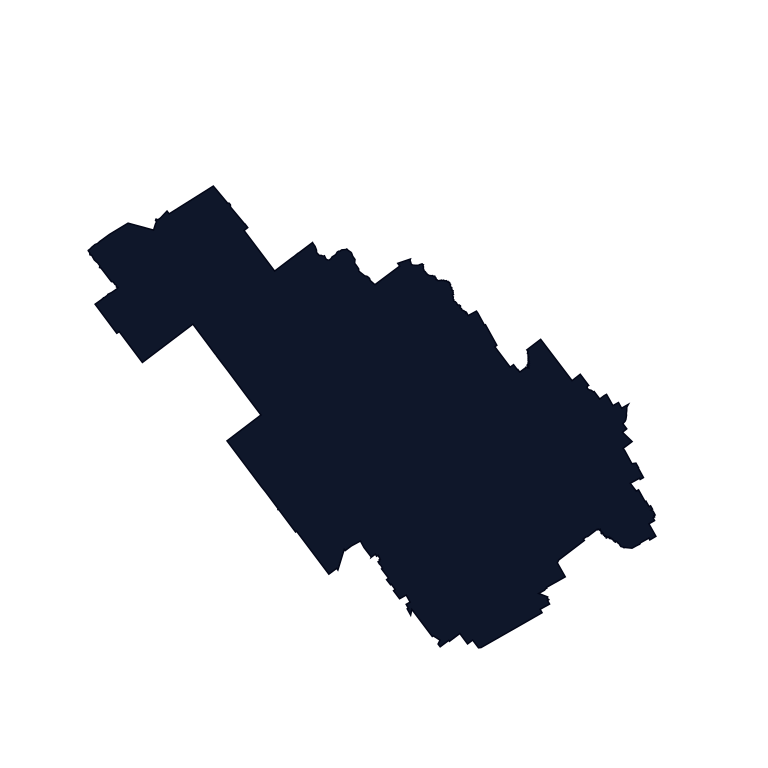 outline of Buloke, Victoria, Australia, rotated 323°
{"feature_id": "25037944B21796127243371", "entity_name": "Buloke", "entity_type": "district", "adm_level": 2, "iso_a3": "AUS", "parent_name": "Australia", "parent_adm1": "Victoria", "projection": "mercator", "projection_center": [143.17, -35.846], "detail": "fine", "context": "isolated", "style": "filled", "palette": "ink", "viewbox_px": 768, "rotation_deg": 323, "n_neighbors": 0, "source": "geoboundaries", "source_scale": "gbopen_adm2", "svg_char_len": 6139}
<svg xmlns="http://www.w3.org/2000/svg" viewBox="0 0 768 768"><g transform="rotate(323 384 384)"><path d="M201.3,146.4L201.1,182.7L204.1,182.9L204.0,221.4L267.4,221.2L267.3,243.2L267.4,243.7L267.3,244.0L267.2,258.3L267.4,260.2L267.2,260.4L267.2,265.7L267.3,279.9L267.1,310.2L267.1,334.7L224.4,334.9L224.3,392.2L224.5,399.0L224.4,420.3L223.2,420.2L224.0,420.7L224.4,421.5L224.3,449.0L225.6,449.0L225.5,502.7L235.2,502.7L235.2,504.8L252.7,492.1L252.7,493.7L260.6,493.7L270.7,495.2L269.6,502.7L269.7,514.4L269.3,514.7L274.7,514.7L274.4,517.1L276.2,517.3L275.6,521.7L274.4,521.5L274.2,522.6L272.3,522.4L272.0,524.9L272.4,527.1L271.9,530.3L270.8,530.2L270.8,541.8L268.3,541.8L268.4,548.3L269.4,548.3L269.3,554.8L267.2,554.8L267.2,564.9L274.7,565.9L273.6,573.9L269.1,573.3L268.5,577.7L267.2,577.5L266.2,584.6L270.6,580.8L270.6,614.7L271.8,614.8L274.6,622.3L270.7,624.2L270.7,627.7L281.4,627.7L281.4,628.9L294.4,628.9L294.3,641.9L300.7,641.9L300.7,651.6L302.9,652.9L372.6,661.8L373.1,657.9L383.8,659.4L384.3,655.3L385.6,655.5L385.9,655.4L385.3,653.5L386.6,652.6L381.5,644.4L388.1,645.3L389.8,644.8L391.2,645.0L391.3,644.2L412.7,647.1L414.8,631.1L417.7,629.7L449.9,629.5L449.9,627.7L453.3,627.7L455.0,628.4L466.7,628.3L466.9,629.0L467.5,628.9L468.1,629.1L468.1,629.3L467.8,629.5L468.2,630.0L469.3,630.2L469.1,630.6L468.5,630.4L468.3,630.8L468.6,631.6L468.6,632.5L468.9,632.8L468.9,633.2L468.6,633.5L467.8,633.5L467.6,634.0L467.8,634.7L469.1,634.9L469.2,635.1L468.9,635.4L468.4,636.6L468.9,637.7L468.6,638.6L469.0,639.1L469.6,639.1L469.7,639.5L468.8,640.5L468.8,640.8L469.3,641.0L469.9,640.6L470.8,641.2L471.9,641.3L471.8,641.6L471.1,642.2L471.2,642.9L471.3,643.2L472.4,643.0L472.6,643.3L472.1,644.1L472.3,644.6L472.9,644.8L473.1,645.3L473.0,647.3L473.1,647.9L474.1,648.6L474.0,648.9L473.5,649.0L473.4,649.2L473.6,649.6L474.7,649.5L475.0,649.7L475.2,651.2L475.2,652.1L475.8,653.8L475.4,654.7L475.4,656.4L476.6,657.8L477.1,659.2L477.5,659.1L483.3,664.4L488.2,665.1L490.3,665.5L491.0,665.4L491.6,665.9L493.4,665.2L503.0,666.5L502.6,667.3L502.4,668.5L509.5,669.3L511.4,655.1L517.9,655.9L518.4,652.8L520.1,653.0L520.3,651.6L521.7,651.8L522.4,647.5L521.4,645.4L523.1,645.6L523.6,641.7L521.9,641.5L522.7,635.2L521.7,635.2L523.6,621.7L521.0,621.3L520.9,611.5L531.3,613.0L531.1,614.4L534.9,614.9L536.5,604.0L536.9,604.0L537.6,598.8L534.0,596.8L536.2,582.1L536.2,579.3L547.5,579.3L545.4,566.1L550.9,565.9L550.9,559.4L554.2,558.8L555.8,557.9L558.8,555.0L559.9,553.3L561.7,551.5L564.0,548.6L566.9,547.3L559.2,546.3L560.1,539.9L553.8,539.0L555.5,526.2L552.9,525.8L547.3,525.8L547.3,516.5L546.5,516.5L545.8,514.0L545.5,513.4L544.5,512.4L544.0,511.2L543.8,509.9L544.2,508.9L544.9,508.4L545.7,508.1L546.6,508.3L546.6,494.3L536.2,494.5L536.0,442.6L518.6,442.7L518.7,444.0L518.6,445.0L517.9,444.9L517.4,445.9L516.9,446.1L517.2,446.9L516.3,447.7L516.1,448.6L515.6,448.8L515.6,449.2L515.9,449.3L515.9,449.5L515.5,450.0L515.0,449.9L515.0,450.2L514.4,450.4L514.3,451.1L513.6,451.4L513.4,451.7L513.6,451.8L513.4,452.0L513.5,452.7L513.2,452.7L513.1,453.0L513.2,453.4L512.4,453.3L512.4,453.7L512.1,453.8L512.2,454.2L511.6,454.1L511.4,454.5L511.7,455.0L510.8,454.8L510.7,455.0L510.2,454.9L510.1,455.2L509.7,455.2L509.8,455.5L510.0,455.4L510.5,456.0L509.8,455.9L509.5,456.3L510.0,457.0L510.0,457.4L509.7,457.8L509.3,457.6L509.2,458.0L508.9,457.3L508.2,457.4L507.8,456.2L507.5,456.3L507.4,456.0L506.7,456.3L506.5,456.2L506.1,456.7L505.4,456.2L499.6,456.2L499.6,453.0L499.1,453.0L499.1,446.5L494.9,446.5L494.9,421.0L497.4,421.0L500.7,397.7L499.6,397.5L501.6,384.0L501.7,381.4L492.4,380.0L492.9,376.8L492.0,376.6L492.8,375.5L492.0,374.6L491.9,373.4L491.0,372.5L491.0,371.8L490.8,371.6L491.3,370.3L490.7,369.2L491.0,368.4L492.0,367.9L492.1,367.5L491.8,367.0L491.7,366.2L490.4,365.5L490.6,364.8L490.4,363.6L490.7,362.9L490.5,361.7L490.5,361.3L489.6,360.0L489.6,359.4L490.4,358.9L490.4,357.5L491.8,356.2L491.5,355.3L492.0,354.6L492.1,354.1L493.3,354.4L493.7,352.8L494.2,352.7L494.4,351.9L495.3,351.2L494.8,350.4L495.1,349.7L494.8,349.3L496.1,348.0L496.1,347.7L495.5,347.2L495.5,346.9L496.0,346.1L496.2,345.3L497.1,344.5L496.9,343.6L497.4,342.6L497.3,342.0L496.8,341.8L496.6,341.5L496.9,340.7L496.1,340.3L496.0,339.0L494.5,338.3L494.2,337.0L492.9,336.5L492.3,335.5L491.8,335.6L491.1,335.0L489.9,334.5L489.1,333.5L489.2,333.0L488.4,331.7L489.2,331.0L489.1,330.5L489.3,330.2L489.2,329.5L489.3,329.2L489.1,328.5L489.3,328.3L488.9,328.0L488.4,328.2L488.1,327.6L488.1,326.7L486.5,325.7L486.1,325.1L485.4,324.6L485.2,323.8L484.6,322.9L484.5,322.4L484.7,321.4L484.3,320.6L484.5,320.1L484.5,319.0L484.1,317.9L484.8,316.1L484.8,315.3L485.5,314.8L486.1,314.1L486.1,313.4L486.3,313.0L487.2,312.5L486.7,311.8L486.9,311.2L486.4,310.8L486.0,310.9L485.0,310.3L483.4,310.0L482.2,309.4L479.2,307.0L478.1,305.7L478.0,304.4L478.2,303.5L478.7,302.9L478.8,301.8L479.2,301.2L479.6,300.6L480.3,300.1L467.6,295.9L467.5,299.3L436.5,299.2L435.3,293.2L435.7,291.6L436.0,291.0L435.7,289.3L435.2,287.7L433.7,286.1L431.8,278.7L433.1,276.7L433.3,271.9L433.1,271.0L433.6,269.4L435.8,267.1L435.9,263.1L436.9,259.9L436.9,259.0L435.7,255.4L435.7,254.3L435.4,253.7L434.6,253.7L430.9,251.4L428.8,251.4L427.6,250.6L426.0,250.5L423.4,251.6L420.2,251.4L419.3,251.2L417.1,252.0L415.0,252.1L414.1,251.6L413.2,250.3L412.9,249.1L413.6,245.7L412.3,245.3L411.3,243.5L409.7,242.4L409.3,238.4L410.7,236.4L411.8,232.6L411.9,228.6L412.1,228.0L395.0,228.0L394.0,227.8L389.2,228.0L386.4,227.9L364.6,228.0L364.6,177.2L369.3,177.1L369.3,172.6L369.0,172.5L367.9,150.4L369.2,148.4L369.1,146.3L367.6,145.3L367.6,145.0L367.9,145.0L366.8,123.2L314.8,118.8L314.8,115.3L305.4,116.9L302.3,116.8L301.2,115.1L300.0,115.8L300.0,117.6L297.9,118.6L292.6,122.4L276.4,101.5L254.9,99.3L243.1,99.1L239.6,99.4L237.2,98.7L232.7,98.9L230.9,99.3L228.2,99.3L228.0,99.5L228.0,101.9L226.9,103.9L228.0,105.3L227.3,110.6L227.9,113.8L228.4,114.9L228.2,115.2L228.2,118.5L226.9,119.8L227.8,121.1L227.9,137.9L228.0,138.3L229.1,139.3L229.2,140.3L229.1,142.5L229.7,144.0L228.7,145.6L229.7,146.8L228.2,147.3L221.5,147.0L217.5,146.2L216.4,146.7L212.9,146.7L211.9,146.3L211.0,146.5L208.9,146.6L201.3,146.4Z" fill="#0f172a" stroke="#020617" stroke-width="1.5"/></g></svg>